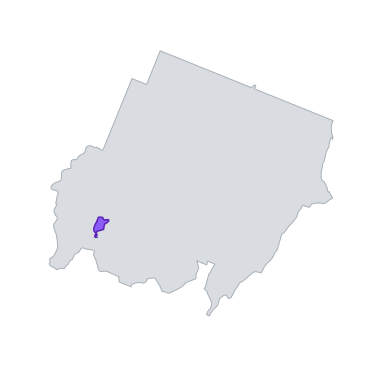 Yassin, Eastern Darfur, Sudan shown in context, rotated 22°
{"feature_id": "16777658B43092158713843", "entity_name": "Yassin", "entity_type": "district", "adm_level": 2, "iso_a3": "SDN", "parent_name": "Sudan", "parent_adm1": "Eastern Darfur", "projection": "robinson", "projection_center": [25.585, 11.706], "detail": "fine", "context": "in_parent", "style": "filled", "palette": "violet", "viewbox_px": 384, "rotation_deg": 22, "n_neighbors": 0, "source": "geoboundaries", "source_scale": "gbopen_adm2", "svg_char_len": 4811}
<svg xmlns="http://www.w3.org/2000/svg" viewBox="0 0 384 384"><g transform="rotate(22 192 192)"><path d="M254.6,300.3L251.6,300.3L251.3,299.5L251.3,297.3L251.6,295.6L252.7,293.0L252.4,291.6L252.6,289.5L251.8,287.2L244.6,280.5L243.2,278.7L239.3,277.0L240.0,275.1L238.3,261.4L239.1,259.8L239.3,257.4L239.2,255.3L240.1,251.8L240.2,250.3L232.6,250.2L232.5,251.7L232.9,253.4L232.9,254.1L222.3,254.1L226.6,259.5L226.8,261.9L226.6,264.8L226.6,266.7L226.9,267.9L228.0,270.3L228.0,270.8L227.7,271.3L220.2,278.5L219.0,281.8L218.0,283.6L215.9,286.5L209.0,294.2L207.9,294.7L202.7,294.9L202.2,295.1L201.8,295.5L201.6,295.4L197.1,290.9L189.5,285.5L184.6,288.3L183.2,289.3L183.2,291.9L182.4,293.3L181.1,294.7L177.4,295.6L175.5,296.4L173.2,297.9L171.0,300.3L170.9,301.6L171.1,302.7L158.4,302.7L157.6,301.8L155.7,297.7L154.4,298.0L142.9,297.5L141.2,297.9L137.9,299.6L136.2,299.9L134.5,299.1L128.4,291.1L127.1,290.2L125.7,288.3L124.4,287.5L124.0,286.8L123.9,286.0L123.9,284.2L123.5,283.2L122.5,282.9L114.3,284.7L113.2,284.5L111.4,284.9L110.9,285.2L110.2,286.2L110.0,288.4L109.8,289.5L109.2,290.7L106.9,293.4L106.4,294.6L106.5,297.6L106.3,299.1L106.0,299.8L104.9,300.9L104.6,301.6L104.2,305.4L102.9,307.7L102.6,308.5L102.5,310.2L102.3,310.7L98.6,312.0L97.2,312.9L96.4,314.2L96.2,314.7L94.6,314.3L92.6,313.9L88.7,313.5L87.2,312.9L86.4,312.0L86.7,309.7L86.3,309.2L85.7,308.8L85.3,307.8L85.3,306.6L87.4,303.9L87.8,302.5L88.4,295.8L88.2,293.7L86.6,290.0L82.9,283.5L82.0,282.2L77.4,276.9L76.8,276.1L75.7,273.8L77.0,268.9L77.0,267.5L76.7,266.1L75.6,265.1L74.5,265.0L73.1,263.6L72.3,263.0L71.5,261.9L70.9,260.3L71.3,254.4L71.1,253.7L69.9,253.5L69.6,253.0L69.7,251.9L69.0,248.6L68.3,245.9L68.7,244.4L67.7,242.3L65.8,241.4L62.1,242.1L61.0,242.0L60.2,241.6L59.6,240.8L59.4,239.9L59.6,238.6L60.7,236.1L62.0,234.1L64.7,232.2L65.4,231.2L65.8,230.2L65.9,228.9L65.7,227.6L65.4,226.4L64.6,224.8L63.9,222.9L63.9,221.6L64.2,220.7L64.9,219.6L67.6,217.5L70.3,215.7L70.8,215.1L70.6,214.3L69.4,212.8L69.0,210.0L68.3,208.0L69.7,206.5L70.7,206.0L72.3,205.5L72.9,204.9L73.1,203.7L73.0,202.6L73.6,201.7L74.4,199.9L75.0,199.1L77.1,196.9L77.5,195.6L77.7,194.2L77.1,190.2L78.3,188.5L79.8,187.1L82.0,187.2L85.4,186.9L87.7,186.3L89.4,186.4L93.2,187.1L93.5,186.8L93.7,185.7L93.9,109.3L109.4,109.3L109.6,109.2L109.6,73.0L207.3,73.0L208.1,72.9L209.6,69.5L210.2,69.3L211.2,69.5L211.6,70.3L210.8,73.0L296.0,73.0L296.2,77.1L297.0,80.4L299.5,85.2L301.6,87.7L302.4,89.1L302.5,89.8L302.4,90.4L301.7,89.7L300.7,89.2L300.6,91.4L301.1,95.9L302.1,99.1L301.5,102.1L301.7,107.0L302.9,113.0L302.7,116.8L304.6,125.7L306.4,130.6L307.4,131.8L308.5,132.5L310.6,132.9L313.6,135.4L316.1,138.0L316.9,139.4L318.1,141.0L318.9,140.7L319.4,140.3L320.2,141.5L324.1,144.2L324.6,145.4L323.3,146.6L321.8,148.7L321.0,150.6L320.6,151.2L319.4,152.4L319.2,153.0L318.6,153.4L318.0,153.4L316.7,154.1L315.6,153.9L314.4,154.2L314.0,154.7L313.0,155.1L311.8,155.3L309.8,156.9L308.1,157.7L307.5,158.4L306.7,161.6L306.0,162.5L303.5,162.6L302.2,162.9L300.5,162.5L299.7,162.5L299.5,163.2L299.2,166.0L299.3,167.2L297.9,170.4L298.4,176.4L297.1,180.8L296.9,181.8L295.5,185.4L294.8,186.7L293.1,193.3L292.5,195.3L291.0,197.5L292.7,213.3L291.5,218.2L291.6,220.9L290.7,224.8L290.0,226.6L288.9,228.8L287.9,231.2L287.1,234.4L286.6,240.5L286.4,241.1L281.8,241.8L280.4,242.3L279.4,243.0L278.3,244.5L276.0,248.8L274.8,251.4L272.9,255.0L270.7,257.6L270.2,258.8L269.9,261.1L269.1,264.8L268.4,267.4L268.5,269.5L267.9,273.1L268.0,274.8L267.2,275.8L266.2,276.8L265.4,277.0L262.2,274.6L260.0,276.2L258.6,278.6L257.6,280.9L258.2,286.0L258.2,287.1L257.9,288.3L255.8,293.2L255.2,295.4L254.6,299.3L254.6,300.3Z" fill="#d9dde1" stroke="#a8b0b8" stroke-width="1"/><path d="M119.8,268.1L120.1,267.5L120.0,267.2L119.4,266.7L118.9,266.3L118.7,265.7L118.5,264.6L118.6,263.9L119.0,263.6L119.7,263.0L120.5,262.7L121.0,262.3L121.4,261.9L122.1,261.4L122.6,260.9L123.0,260.5L123.7,260.1L124.0,259.4L123.5,257.8L123.3,256.3L123.2,255.6L123.1,255.3L122.9,254.6L123.5,253.8L124.7,252.3L125.5,250.4L125.3,250.4L125.1,250.0L125.1,249.9L125.0,249.6L125.0,249.1L124.5,249.2L123.6,249.6L122.6,250.0L121.7,250.5L121.3,250.6L121.0,250.7L120.7,250.7L120.1,250.4L119.4,249.9L118.7,249.0L118.2,249.2L116.0,249.8L115.6,249.9L115.1,250.2L114.8,250.5L114.7,250.8L114.7,251.3L114.7,252.4L114.7,252.5L114.8,253.1L114.7,253.5L114.8,254.1L114.8,254.3L114.7,254.8L114.7,255.6L114.7,256.2L114.6,256.5L114.5,257.5L114.4,257.6L114.4,258.1L114.4,259.4L114.4,259.7L114.4,260.9L114.5,262.0L114.6,262.3L114.6,262.6L114.7,262.9L115.7,264.8L116.0,265.1L118.0,266.1L118.3,266.4L118.5,266.8L118.5,267.2L118.4,267.9L118.4,268.8L118.4,269.0L118.5,269.5L118.8,270.1L119.3,270.2L119.5,270.0L119.6,269.9L119.9,269.7L120.0,269.7L119.9,269.8L120.1,269.7L120.4,269.6L120.0,269.4L119.7,269.0L119.6,268.7L119.8,268.1Z" fill="#8b5cf6" stroke="#5b21b6" stroke-width="1.5"/></g></svg>